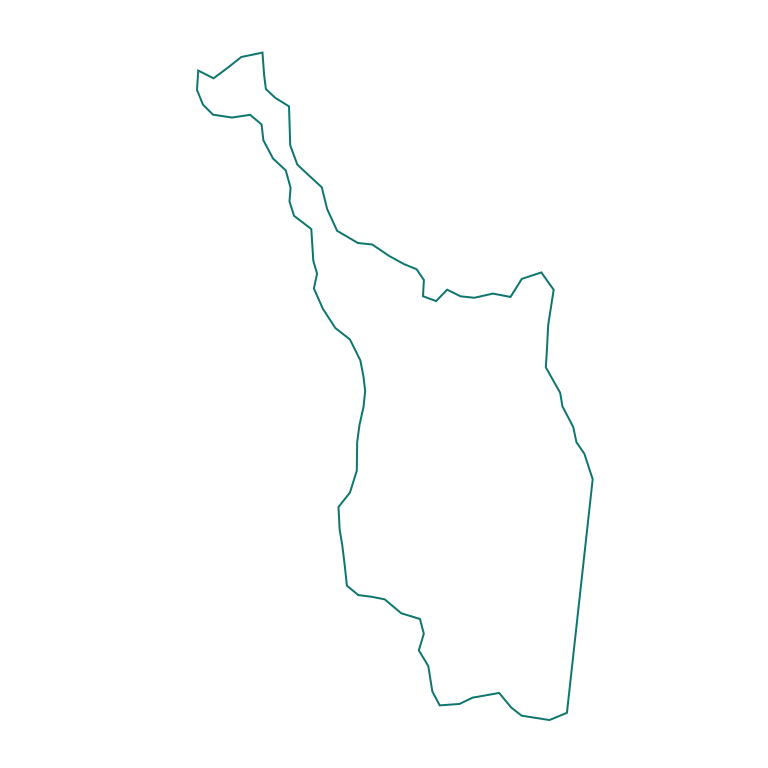 Canas, São Paulo, Brazil, rotated 186°
{"feature_id": "56859067B22920449697894", "entity_name": "Canas", "entity_type": "district", "adm_level": 2, "iso_a3": "BRA", "parent_name": "Brazil", "parent_adm1": "São Paulo", "projection": "albers", "projection_center": [-45.024, -22.743], "detail": "fine", "context": "isolated", "style": "outline", "palette": "teal", "viewbox_px": 768, "rotation_deg": 186, "n_neighbors": 0, "source": "geoboundaries", "source_scale": "gbopen_adm2", "svg_char_len": 1236}
<svg xmlns="http://www.w3.org/2000/svg" viewBox="0 0 768 768"><g transform="rotate(186 384 384)"><path d="M184.3,67.1L167.7,76.1L166.5,311.1L177.4,335.5L186.5,346.2L191.3,361.0L204.2,380.4L207.9,393.7L224.8,417.5L225.6,436.0L226.9,459.8L225.1,495.4L239.2,511.4L257.9,503.0L267.3,483.8L285.2,485.3L303.1,479.2L317.0,479.2L331.1,484.4L340.8,471.9L354.4,475.4L355.2,491.6L363.5,501.5L376.6,505.3L392.3,511.9L410.3,521.5L424.7,521.5L446.6,531.4L458.9,552.2L466.4,573.1L480.0,583.2L493.1,593.1L502.2,611.6L507.5,650.2L521.9,657.1L532.3,665.0L535.5,678.6L539.5,700.9L560.1,694.3L573.2,681.5L585.5,670.2L601.5,676.3L600.7,656.9L593.3,643.0L582.3,634.0L563.1,633.1L545.2,637.7L532.9,629.3L529.4,613.7L517.9,596.6L504.0,586.1L497.4,569.3L497.1,555.7L491.0,541.8L472.5,530.5L467.2,499.2L462.1,486.7L463.7,471.7L452.7,452.5L438.3,434.6L422.5,424.7L410.0,405.0L405.2,389.3L402.0,375.1L402.0,358.6L404.1,340.9L404.6,323.5L402.0,294.9L406.5,272.5L416.4,256.9L412.9,234.6L408.7,219.5L404.1,199.5L399.8,179.5L387.5,171.4L373.9,171.1L360.8,169.9L342.9,157.8L323.6,154.0L318.3,139.8L321.5,122.7L310.5,108.2L303.8,83.3L295.0,70.2L275.5,73.7L263.2,81.3L237.2,88.8L223.6,75.5L212.4,68.5L184.3,67.1Z" fill="none" stroke="#0f766e" stroke-width="2"/></g></svg>